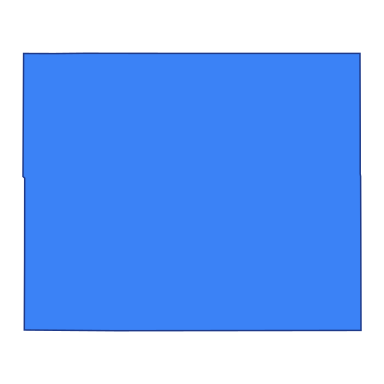 Stephens, Oklahoma, United States of America
{"feature_id": "52423323B61502128532198", "entity_name": "Stephens", "entity_type": "district", "adm_level": 2, "iso_a3": "USA", "parent_name": "United States of America", "parent_adm1": "Oklahoma", "projection": "orthographic", "projection_center": [-97.869, 34.485], "detail": "fine", "context": "isolated", "style": "filled", "palette": "blue", "viewbox_px": 384, "rotation_deg": 0, "n_neighbors": 0, "source": "geoboundaries", "source_scale": "gbopen_adm2", "svg_char_len": 343}
<svg xmlns="http://www.w3.org/2000/svg" viewBox="0 0 384 384"><path d="M23.0,176.5L24.7,178.1L24.6,258.3L24.3,330.0L116.0,330.7L361.0,330.4L360.8,238.4L360.6,176.4L360.2,173.8L360.2,135.4L360.0,55.9L360.0,53.4L298.6,53.4L171.2,53.4L84.5,53.3L64.1,53.5L54.2,53.6L23.6,53.5L23.0,176.5Z" fill="#3b82f6" stroke="#1e3a8a" stroke-width="1.5"/></svg>